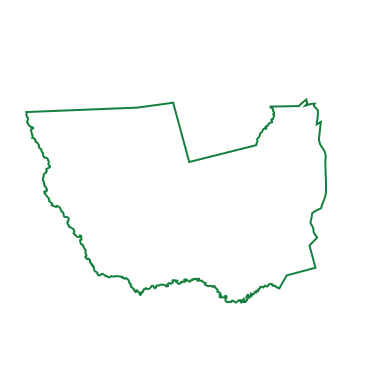 outline of Lavalle, Mendoza, Argentina, rotated 165°
{"feature_id": "61730980B15586340414503", "entity_name": "Lavalle", "entity_type": "district", "adm_level": 2, "iso_a3": "ARG", "parent_name": "Argentina", "parent_adm1": "Mendoza", "projection": "natural_earth1", "projection_center": [-67.695, -32.596], "detail": "fine", "context": "isolated", "style": "outline", "palette": "green", "viewbox_px": 384, "rotation_deg": 165, "n_neighbors": 0, "source": "geoboundaries", "source_scale": "gbopen_adm2", "svg_char_len": 5992}
<svg xmlns="http://www.w3.org/2000/svg" viewBox="0 0 384 384"><g transform="rotate(165 192 192)"><path d="M223.2,287.7L331.3,312.1L331.6,310.3L332.1,309.1L332.0,307.4L331.3,306.2L331.7,305.2L331.5,304.5L333.3,302.3L332.6,300.8L332.8,299.5L332.4,298.9L330.9,296.6L329.6,296.0L329.3,295.2L328.8,295.0L328.9,294.5L330.2,294.6L331.6,293.6L331.4,292.7L331.7,291.6L331.5,289.8L331.8,288.8L331.4,288.4L331.4,287.7L331.7,286.6L332.3,285.6L330.8,284.8L330.0,283.7L330.2,282.8L329.7,282.2L330.0,280.9L329.0,280.1L328.2,278.5L327.7,276.2L328.2,275.7L328.2,274.7L327.5,273.3L326.6,272.2L326.7,269.8L325.8,268.0L326.3,266.8L326.0,265.0L326.2,264.4L325.8,263.7L323.5,262.3L322.7,261.2L322.8,259.5L322.5,258.5L323.0,256.8L323.4,256.4L323.5,255.5L323.4,254.8L322.5,253.7L322.7,253.0L323.5,252.5L326.8,251.9L327.1,251.0L326.8,249.9L327.1,249.4L327.8,249.2L328.4,248.1L329.7,248.1L330.5,247.4L331.5,245.6L331.5,244.9L332.7,243.5L333.0,241.7L332.6,241.2L332.6,240.2L332.9,239.3L332.4,238.2L332.8,237.4L332.7,236.5L332.9,236.3L332.4,235.0L331.8,234.4L331.8,233.0L331.2,232.0L332.0,230.7L333.6,230.8L334.7,230.4L334.7,229.3L334.1,229.2L334.6,228.4L331.8,222.3L332.2,221.6L331.9,220.9L332.3,220.0L330.0,216.8L330.5,215.8L330.9,215.5L330.0,215.0L329.3,214.1L328.2,213.7L327.7,213.1L326.9,212.7L326.1,213.5L324.0,211.9L323.7,211.1L323.4,209.0L323.1,208.7L323.2,207.0L322.0,206.0L322.0,205.1L321.6,204.4L322.0,203.2L321.8,201.2L321.0,200.6L319.0,200.0L318.0,198.8L318.0,197.6L318.8,196.7L318.8,196.2L319.2,195.7L320.0,195.6L320.2,195.2L320.1,194.4L320.4,193.9L320.0,192.3L319.5,191.7L319.9,190.6L319.7,190.2L317.2,188.1L315.9,186.3L315.9,184.0L317.0,183.1L317.0,182.3L315.9,181.1L315.9,180.6L314.8,178.9L313.6,177.9L312.7,177.8L311.8,178.3L311.3,179.0L310.5,178.3L311.0,176.6L310.7,176.1L311.0,174.8L311.1,174.5L312.5,174.5L312.9,172.8L312.5,170.2L311.6,169.7L311.1,169.0L311.3,167.7L310.8,167.2L310.7,165.1L310.2,164.5L309.7,163.3L310.7,161.2L310.4,157.7L311.7,157.2L311.9,156.7L311.7,156.0L311.1,155.6L310.8,154.4L309.8,154.0L309.3,154.3L308.9,153.4L308.1,152.7L308.7,150.3L307.7,149.2L307.9,148.5L307.5,148.2L307.7,147.2L307.4,146.6L306.7,146.5L306.9,145.6L306.1,144.6L306.7,143.4L306.4,140.6L305.0,139.5L304.5,138.8L304.5,137.0L304.1,135.8L302.2,135.4L300.4,136.2L299.6,136.1L298.0,134.4L297.8,133.7L296.2,132.8L294.7,131.1L292.8,131.1L291.9,131.7L289.2,130.4L286.8,130.5L285.6,129.8L283.1,129.0L282.7,128.5L281.7,128.4L280.8,127.4L281.2,126.8L279.8,126.3L279.3,125.5L278.0,126.0L276.3,123.7L275.9,122.7L276.1,120.4L275.4,120.0L275.2,119.4L275.6,118.4L274.8,117.6L275.4,116.4L275.2,115.7L274.1,114.7L273.8,113.7L272.9,112.7L273.3,111.7L272.8,111.2L272.5,110.2L270.9,111.3L270.4,111.2L270.6,109.8L269.6,109.5L269.1,108.5L268.2,108.0L268.5,107.3L269.1,107.0L269.0,106.3L268.6,106.1L267.6,106.4L266.8,107.3L266.7,108.1L265.0,108.4L264.2,110.3L263.9,110.4L263.2,110.5L262.4,110.2L261.4,111.1L260.8,110.2L259.7,109.6L257.7,109.7L254.9,111.8L254.2,111.6L253.9,110.8L253.4,110.5L253.3,109.1L253.0,108.7L251.4,109.1L251.1,110.2L250.5,110.8L248.2,110.2L247.0,110.7L244.8,110.3L242.3,109.1L241.8,108.6L241.6,107.8L241.1,107.3L239.6,107.3L239.4,107.8L240.0,108.5L239.8,109.0L238.3,109.9L237.5,109.9L236.7,109.3L236.6,108.9L236.2,108.8L234.2,109.4L233.7,109.9L233.8,111.4L233.3,111.8L230.0,110.5L230.9,110.3L230.9,109.9L230.1,109.6L229.9,109.2L230.2,108.7L229.4,108.2L228.9,106.8L228.5,106.7L227.3,106.6L225.6,108.0L224.8,107.2L223.8,107.9L222.6,107.6L222.2,107.1L221.5,107.5L221.8,108.3L222.2,108.5L222.1,109.3L221.3,109.4L220.3,109.1L219.5,107.8L218.5,107.5L217.9,106.2L217.1,105.9L214.9,107.4L213.9,106.8L213.1,107.7L211.6,107.1L210.6,107.2L209.9,106.3L209.8,104.9L209.1,104.7L208.4,105.5L208.3,106.6L207.8,106.6L207.6,106.3L207.9,104.7L206.8,104.0L205.5,103.8L204.3,101.7L202.4,100.6L203.4,99.2L203.3,98.8L200.7,96.8L197.7,96.5L197.1,95.9L196.7,94.9L195.6,95.2L195.1,95.6L194.5,95.3L194.5,93.6L193.5,92.7L192.5,90.7L193.1,89.9L193.3,89.1L191.7,88.0L190.9,87.0L191.9,85.8L190.9,85.4L191.0,84.9L191.8,83.9L192.4,83.8L192.4,83.2L191.3,82.7L190.5,83.5L190.2,83.4L190.0,82.4L187.8,81.7L186.7,83.1L185.7,82.3L185.8,81.9L186.8,81.7L187.2,81.2L187.2,80.8L186.5,80.6L187.5,79.6L187.8,78.3L187.0,76.7L185.7,76.3L185.2,76.6L183.9,75.8L182.3,75.7L181.7,76.7L181.4,76.8L180.1,75.7L179.4,75.5L178.9,74.4L178.1,73.8L175.1,75.3L173.4,75.1L172.5,74.6L173.7,73.7L173.3,72.9L173.0,73.2L172.7,72.8L171.3,73.7L170.9,73.3L170.0,75.4L169.6,75.5L169.7,73.4L168.5,72.6L169.7,72.1L168.9,71.9L166.6,73.6L166.8,76.0L165.4,77.9L164.9,78.2L164.4,77.9L164.3,77.4L164.7,76.3L164.5,75.3L164.2,74.9L162.9,76.3L161.9,76.0L160.7,76.6L160.8,77.3L161.5,77.5L161.7,78.3L161.4,78.7L160.6,78.0L158.8,77.6L157.7,78.4L157.4,79.0L156.0,78.2L155.8,78.4L155.8,79.6L155.5,79.8L154.0,79.7L153.6,79.3L153.3,79.9L153.5,80.5L153.3,80.8L151.4,81.2L150.7,82.6L149.4,82.5L147.6,81.3L146.0,82.7L144.8,82.1L144.0,81.2L142.8,81.6L141.9,82.8L140.2,83.1L139.1,81.9L138.6,82.2L138.4,82.0L138.1,81.2L138.3,80.6L137.5,80.1L136.7,80.2L135.5,79.3L135.3,78.3L134.5,78.0L134.1,77.1L133.3,77.1L132.6,76.3L122.1,86.9L92.3,86.9L92.4,109.9L82.9,115.6L84.8,120.8L84.7,123.3L84.3,124.6L84.7,128.5L85.3,129.7L85.5,131.2L85.1,132.7L84.1,134.7L83.2,136.0L81.5,140.3L78.5,141.5L71.4,143.0L69.3,146.6L66.0,150.9L63.6,154.7L63.0,156.0L60.7,164.1L55.5,186.4L53.4,192.4L53.4,196.9L56.0,205.3L55.8,210.1L49.4,226.4L54.1,225.0L50.1,234.6L49.3,238.4L52.0,243.8L51.8,244.5L50.6,245.5L52.8,246.1L55.5,246.3L60.2,246.1L57.7,247.9L57.7,251.7L64.3,248.7L66.4,247.3L94.1,254.2L94.3,253.5L94.0,253.0L92.8,252.3L92.3,251.4L92.8,249.5L92.1,247.9L92.7,247.1L92.6,246.2L93.4,245.9L92.9,244.6L93.0,244.1L93.5,243.7L94.9,241.6L96.6,241.4L96.7,240.9L96.3,238.9L96.9,238.6L99.3,238.7L100.4,237.5L101.3,237.3L102.1,236.1L103.8,236.2L104.2,235.7L103.8,234.8L104.0,234.0L104.5,233.9L105.4,234.5L106.5,234.4L107.5,233.6L108.8,231.9L110.9,230.9L111.5,230.1L111.7,229.2L112.7,228.0L115.3,226.4L115.7,224.0L117.5,221.6L117.8,220.6L186.9,221.7L187.1,283.1L223.2,287.7Z" fill="none" stroke="#15803d" stroke-width="2"/></g></svg>